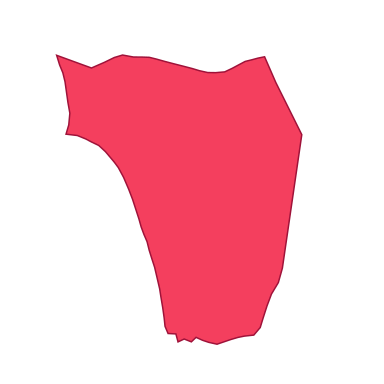 outline of Baía da Traição, Paraíba, Brazil, rotated 172°
{"feature_id": "56859067B41140077622379", "entity_name": "Baía da Traição", "entity_type": "district", "adm_level": 2, "iso_a3": "BRA", "parent_name": "Brazil", "parent_adm1": "Paraíba", "projection": "natural_earth1", "projection_center": [-34.974, -6.659], "detail": "fine", "context": "isolated", "style": "filled", "palette": "rose", "viewbox_px": 384, "rotation_deg": 172, "n_neighbors": 0, "source": "geoboundaries", "source_scale": "gbopen_adm2", "svg_char_len": 1093}
<svg xmlns="http://www.w3.org/2000/svg" viewBox="0 0 384 384"><g transform="rotate(172 192 192)"><path d="M235.4,55.2L227.7,53.7L226.7,45.5L220.2,47.5L213.5,43.7L208.2,47.5L202.2,43.7L196.4,40.8L188.4,37.8L180.5,39.3L174.2,40.5L166.8,41.6L160.1,42.0L150.7,41.7L143.3,48.3L139.3,56.9L133.5,68.9L127.5,79.9L119.1,90.3L113.1,104.0L75.3,233.5L93.8,288.9L101.3,315.8L108.0,315.4L114.4,314.6L121.2,313.9L128.1,311.4L135.2,308.8L142.9,306.4L152.1,306.9L159.8,308.1L167.8,311.1L174.5,314.2L182.9,317.7L191.7,321.3L200.8,325.1L208.8,328.6L215.5,331.3L223.0,332.6L231.1,333.8L241.7,337.3L250.2,336.0L260.7,332.6L274.3,328.8L282.8,333.3L307.0,346.2L305.4,336.2L303.3,328.0L302.4,318.9L302.4,310.8L302.4,297.9L302.0,287.0L304.7,275.6L308.7,266.8L297.7,263.9L289.8,259.3L284.4,255.4L277.9,251.1L272.1,244.0L265.0,232.7L261.6,226.5L257.7,216.0L254.3,203.5L251.9,193.1L250.5,185.2L248.3,172.7L247.2,164.5L245.5,156.7L243.4,149.0L242.5,140.3L241.1,131.8L239.5,122.7L238.7,113.9L237.5,100.5L237.4,92.8L237.1,81.5L237.1,71.4L237.4,62.7L235.4,55.2Z" fill="#f43f5e" stroke="#9f1239" stroke-width="1.5"/></g></svg>